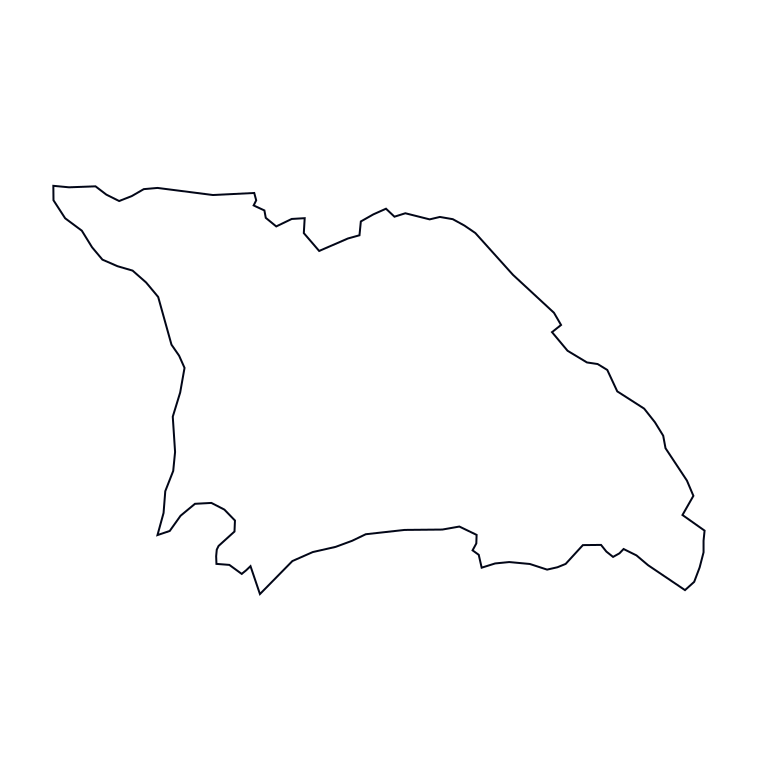 the District of Ratnapura, rotated 165°
{"feature_id": "LKA-2463", "entity_name": "Ratnapura", "entity_type": "District", "adm_level": 1, "iso_a3": "LKA", "parent_name": "Sri Lanka", "parent_adm1": "", "projection": "robinson", "projection_center": [80.592, 6.578], "detail": "fine", "context": "isolated", "style": "outline", "palette": "ink", "viewbox_px": 768, "rotation_deg": 165, "n_neighbors": 0, "source": "natural_earth", "source_scale": "10m", "svg_char_len": 1558}
<svg xmlns="http://www.w3.org/2000/svg" viewBox="0 0 768 768"><g transform="rotate(165 384 384)"><path d="M641.9,296.7L630.3,316.5L623.0,337.1L610.1,354.6L603.4,372.4L596.5,407.1L583.1,428.5L572.5,451.2L574.6,464.4L579.1,477.0L579.6,526.5L587.5,543.6L597.5,558.6L611.0,566.8L623.8,577.0L630.6,591.6L636.2,610.3L649.1,626.6L655.7,647.0L652.1,661.0L637.3,655.5L611.5,649.6L603.2,638.8L592.5,629.3L579.0,630.8L565.6,634.4L552.0,632.0L500.3,610.8L459.9,602.1L459.9,594.5L463.7,590.2L454.6,582.6L455.2,575.1L447.3,564.1L430.4,567.3L417.7,564.7L422.4,550.5L412.2,529.3L381.2,533.9L369.2,534.0L364.3,547.0L350.4,550.6L336.7,552.8L330.6,542.9L319.2,543.4L297.3,531.2L286.8,530.9L274.9,525.4L265.3,516.2L256.7,506.2L231.2,456.1L201.4,408.8L197.7,395.2L208.3,390.6L198.1,368.6L182.4,352.3L172.5,348.0L164.7,339.8L160.6,316.5L139.1,292.9L132.2,276.9L127.7,261.8L128.7,249.1L116.4,212.3L114.1,195.9L129.6,180.2L112.3,159.4L115.9,149.9L118.9,138.7L126.6,125.1L135.6,112.6L146.6,107.0L175.8,140.6L184.5,153.1L195.3,162.6L200.4,159.5L207.5,157.7L212.6,164.6L216.0,172.4L233.6,176.9L255.1,163.2L263.9,162.1L274.5,162.5L289.7,172.4L309.1,179.6L323.1,181.9L337.2,181.3L336.7,194.5L341.5,200.4L336.1,206.1L333.6,214.3L348.1,226.8L365.3,228.3L401.8,237.7L440.5,243.6L455.4,240.8L472.9,239.2L496.3,240.1L518.3,236.7L558.2,213.2L560.1,242.6L565.4,239.7L570.6,237.4L580.2,249.3L592.4,253.6L590.7,261.1L588.4,267.3L585.7,270.4L566.6,280.2L563.3,290.7L570.7,304.0L581.5,313.8L597.6,317.2L614.6,309.4L629.0,297.5L641.9,296.7Z" fill="none" stroke="#020617" stroke-width="2"/></g></svg>